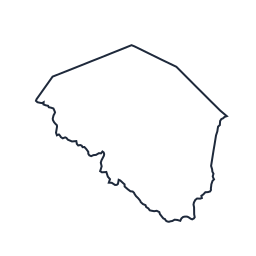 Mauriti, Ceará, Brazil, rotated 104°
{"feature_id": "56859067B91433627627453", "entity_name": "Mauriti", "entity_type": "district", "adm_level": 2, "iso_a3": "BRA", "parent_name": "Brazil", "parent_adm1": "Ceará", "projection": "orthographic", "projection_center": [-38.648, -7.423], "detail": "fine", "context": "isolated", "style": "outline", "palette": "slate", "viewbox_px": 256, "rotation_deg": 104, "n_neighbors": 0, "source": "geoboundaries", "source_scale": "gbopen_adm2", "svg_char_len": 2083}
<svg xmlns="http://www.w3.org/2000/svg" viewBox="0 0 256 256"><g transform="rotate(104 128 128)"><path d="M92.6,35.0L88.8,42.7L84.5,49.9L82.1,54.0L73.1,69.0L71.2,72.2L63.1,85.6L56.9,95.9L53.6,111.9L47.2,141.6L46.8,144.6L59.7,162.5L67.6,173.4L72.0,179.6L78.3,188.3L96.4,213.6L122.2,223.7L123.9,223.9L124.9,222.1L124.8,218.9L124.6,217.3L123.4,216.1L125.6,215.7L125.9,213.2L125.8,210.9L127.0,209.9L126.9,207.7L127.1,205.1L128.6,203.9L130.4,202.6L131.9,202.8L133.7,203.3L137.1,203.3L138.4,202.8L140.1,201.3L141.3,199.7L142.5,197.7L143.8,197.2L150.0,196.7L152.3,195.2L151.0,193.5L151.8,192.2L153.1,190.9L153.8,188.8L152.3,186.7L152.5,185.4L153.9,183.5L154.6,179.1L153.9,177.0L153.2,175.0L155.8,173.8L157.0,172.1L156.1,170.3L156.3,168.7L157.6,167.4L157.0,165.7L158.6,163.3L160.7,160.8L162.6,160.3L163.9,158.9L164.2,156.9L162.7,155.0L161.8,152.5L159.5,150.2L159.1,148.0L157.0,147.1L157.6,145.7L159.1,144.8L160.8,144.7L165.8,145.9L168.3,146.0L171.5,144.3L174.1,144.4L176.6,144.6L177.3,142.6L176.4,139.7L175.9,138.4L180.1,135.8L182.0,133.1L184.4,133.3L185.7,133.4L185.1,130.5L186.4,126.8L185.9,125.2L184.8,124.3L183.4,124.3L180.5,124.5L180.8,122.8L182.6,119.5L183.5,117.7L185.6,117.1L187.5,113.4L188.8,110.3L188.5,108.1L189.4,106.5L190.5,105.6L192.2,103.7L193.7,101.1L195.5,98.7L196.8,97.7L198.2,95.1L198.6,92.4L200.3,91.2L201.1,88.8L202.6,87.0L202.6,85.4L202.4,82.5L201.4,80.1L202.0,77.3L203.8,76.2L206.1,73.3L207.2,71.8L207.5,70.0L208.7,68.9L209.2,67.3L209.1,65.6L208.3,64.3L207.5,62.5L205.7,60.6L205.3,58.0L205.4,54.8L202.8,54.3L201.0,53.0L200.2,51.4L199.7,49.3L199.9,47.8L200.9,45.1L201.1,43.6L199.8,42.2L198.4,41.7L195.8,42.9L189.0,44.7L186.5,45.9L184.3,46.0L181.5,45.3L179.7,43.9L179.1,40.9L178.1,39.4L176.0,40.4L174.3,38.9L171.6,37.4L170.9,35.0L169.7,33.0L168.1,32.5L166.4,33.0L164.5,33.2L162.5,33.5L158.9,33.2L157.0,32.1L155.9,33.1L154.4,34.1L151.7,34.0L149.9,35.6L147.7,36.4L144.7,38.2L128.7,39.6L123.3,40.0L113.9,40.8L109.6,40.5L106.8,40.8L104.8,40.9L102.9,39.6L101.3,39.9L98.9,40.3L96.8,39.6L95.5,38.0L94.0,37.1L92.6,35.0Z" fill="none" stroke="#1e293b" stroke-width="2"/></g></svg>